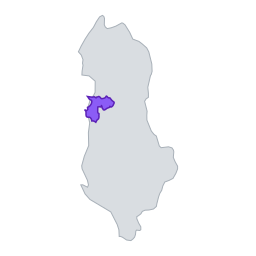 Albania, with Durrës highlighted
{"feature_id": "ALB-1494", "entity_name": "Durrës", "entity_type": "County", "adm_level": 1, "iso_a3": "ALB", "parent_name": "Albania", "parent_adm1": "", "projection": "mercator", "projection_center": [19.648, 41.417], "detail": "fine", "context": "in_parent", "style": "filled", "palette": "violet", "viewbox_px": 256, "rotation_deg": 0, "n_neighbors": 0, "source": "natural_earth", "source_scale": "10m", "svg_char_len": 2734}
<svg xmlns="http://www.w3.org/2000/svg" viewBox="0 0 256 256"><path d="M81.9,75.0L82.1,71.2L83.0,65.2L82.5,63.2L83.0,59.7L81.3,55.1L78.4,51.8L81.2,46.0L85.2,38.9L88.9,33.2L93.4,27.4L96.4,21.7L99.6,16.9L102.4,15.4L103.8,16.4L104.5,18.5L104.3,24.8L105.3,27.0L107.2,28.6L111.2,27.8L115.7,26.2L121.8,22.9L122.8,23.1L125.0,24.8L129.7,32.4L132.8,39.1L138.9,41.4L142.3,44.0L146.7,47.9L148.8,51.9L151.8,64.0L152.1,71.3L151.2,74.6L150.5,75.5L147.8,87.3L148.4,93.3L148.4,97.3L146.1,98.9L144.6,101.3L147.1,111.2L146.8,115.3L146.9,120.1L151.3,131.0L154.0,134.4L156.3,136.0L159.3,146.0L161.1,147.7L168.5,146.8L172.0,147.9L173.5,150.2L173.8,151.9L173.3,157.4L175.1,161.7L177.6,166.2L177.6,168.9L175.9,173.3L173.0,178.4L169.1,180.4L164.8,182.0L162.8,186.0L161.7,190.3L159.8,193.4L158.6,196.8L156.8,203.9L156.4,206.4L153.5,209.0L149.0,210.0L145.0,210.2L142.3,211.4L140.9,213.8L138.3,215.8L136.8,216.6L136.8,218.7L138.7,223.2L140.8,226.8L140.8,229.7L139.8,230.5L136.5,230.1L135.8,231.2L135.5,234.4L134.6,237.1L133.2,238.8L130.9,240.6L126.6,240.0L122.6,237.3L120.5,236.4L119.2,236.5L118.9,229.8L117.2,224.5L110.8,211.9L90.0,199.5L85.1,194.0L82.9,189.3L80.8,184.9L82.8,184.8L84.9,185.9L87.5,187.2L88.5,185.0L87.4,180.2L82.1,168.9L81.7,165.8L84.3,156.3L88.7,145.6L88.4,132.6L89.7,122.8L88.2,116.5L87.5,108.6L90.7,98.2L93.5,95.6L95.1,92.3L95.2,81.2L89.1,75.9L81.9,75.0Z" fill="#d9dde1" stroke="#a8b0b8" stroke-width="1"/><path d="M91.8,121.0L91.6,119.8L91.0,118.5L90.2,117.6L89.3,117.2L88.0,117.2L87.0,117.0L86.3,116.3L86.0,114.9L86.0,111.8L85.8,111.1L85.0,110.3L84.8,109.5L85.6,110.5L86.8,110.4L87.8,109.4L87.5,107.4L88.9,106.7L90.2,105.5L91.3,103.9L91.8,101.9L91.7,100.7L91.3,100.2L90.7,100.0L89.9,99.6L89.0,98.8L88.1,97.3L87.5,96.5L92.4,97.2L94.1,96.7L94.2,96.8L96.0,97.8L96.2,97.3L96.3,97.2L96.5,97.1L97.4,97.0L98.6,96.5L99.0,96.5L99.9,97.1L100.2,97.3L100.7,98.0L101.0,98.3L101.4,98.6L102.1,98.6L103.0,98.5L104.7,98.0L105.4,97.4L105.8,97.0L105.9,96.7L106.0,96.4L106.4,96.1L106.6,96.2L107.0,96.4L107.5,97.0L108.0,97.5L108.4,97.8L109.9,97.9L111.9,100.4L114.1,102.2L114.1,103.0L114.0,103.4L113.8,103.8L113.1,105.3L112.7,105.9L111.7,106.8L111.2,107.0L110.7,107.0L110.2,106.5L109.9,106.4L109.8,106.6L109.8,106.9L109.6,107.2L109.4,107.4L107.0,108.3L105.4,109.5L104.8,109.8L104.3,110.0L103.6,109.9L103.3,109.7L103.0,109.3L102.9,108.9L102.8,108.7L102.6,108.5L102.4,108.3L102.2,107.9L102.0,107.6L101.9,106.3L101.7,105.9L101.5,105.7L101.2,106.1L101.0,106.5L100.7,106.8L100.4,107.0L99.2,106.7L97.8,107.0L97.7,111.3L97.7,112.2L98.0,112.9L98.3,113.2L98.9,113.5L99.0,113.8L99.0,114.4L98.9,115.7L99.0,116.6L98.9,117.5L98.7,118.3L98.4,118.9L96.9,120.2L95.8,122.3L94.7,121.5L93.2,120.9L91.8,121.0L91.8,121.0Z" fill="#8b5cf6" stroke="#5b21b6" stroke-width="1.5"/></svg>